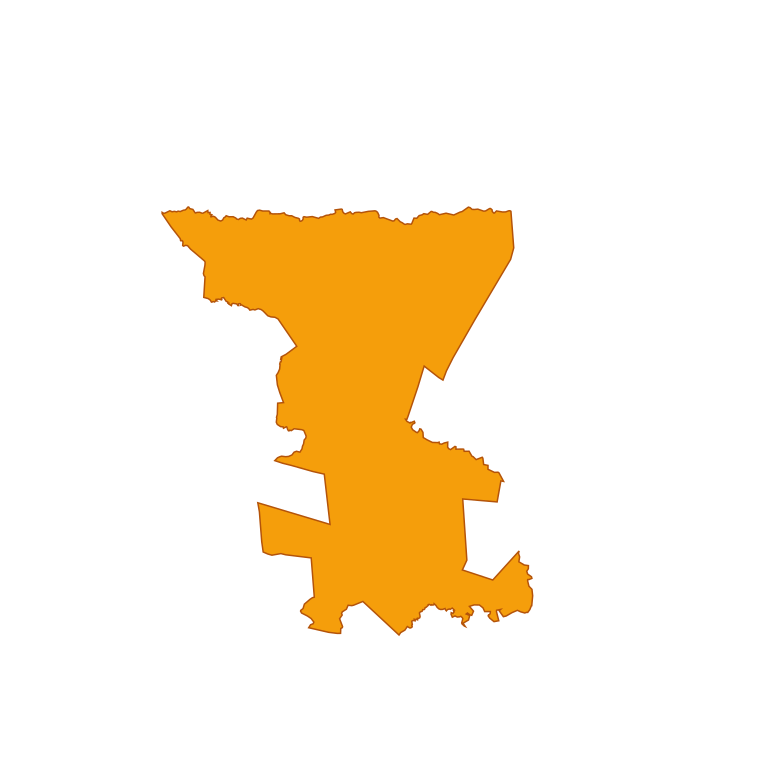 outline of Cosolapa, Veracruz, Mexico, rotated 324°
{"feature_id": "50627088B71851344630431", "entity_name": "Cosolapa", "entity_type": "district", "adm_level": 2, "iso_a3": "MEX", "parent_name": "Mexico", "parent_adm1": "Veracruz", "projection": "mercator", "projection_center": [-96.661, 18.58], "detail": "fine", "context": "isolated", "style": "filled", "palette": "amber", "viewbox_px": 768, "rotation_deg": 324, "n_neighbors": 0, "source": "geoboundaries", "source_scale": "gbopen_adm2", "svg_char_len": 6171}
<svg xmlns="http://www.w3.org/2000/svg" viewBox="0 0 768 768"><g transform="rotate(324 384 384)"><path d="M588.2,318.9L587.7,317.8L586.5,317.1L583.6,316.3L581.1,314.6L576.7,310.1L573.9,310.6L573.2,310.1L573.0,308.0L573.8,306.7L573.4,304.7L572.5,304.1L567.9,303.7L566.3,302.8L562.7,297.7L559.8,296.0L557.9,294.5L557.3,291.9L556.2,290.5L548.6,290.4L546.4,289.6L539.8,288.3L534.6,282.3L528.3,279.6L527.7,277.6L526.3,275.2L525.0,274.2L524.1,272.5L523.4,272.1L519.0,272.4L516.3,269.6L514.2,269.5L511.4,268.4L507.9,269.2L505.8,267.4L500.8,270.5L499.9,270.7L497.0,268.1L495.2,267.5L494.5,266.9L493.5,264.1L492.5,262.3L491.8,257.8L490.3,257.3L488.1,257.9L486.9,257.4L481.3,249.0L478.2,247.4L477.9,245.9L479.1,244.6L479.7,241.3L479.2,239.5L478.5,238.6L472.8,235.1L466.3,232.1L464.8,230.4L462.2,228.7L460.8,228.1L459.2,228.4L458.7,228.1L458.0,227.0L457.9,224.9L452.7,223.7L451.9,222.1L451.9,220.3L452.8,218.2L452.3,217.4L446.7,214.4L445.8,216.7L444.4,217.1L441.8,216.3L440.6,215.3L438.7,214.9L436.3,213.5L432.5,212.7L430.7,211.6L428.5,211.6L424.4,206.4L419.5,203.6L417.6,201.6L416.6,201.6L415.4,203.1L414.2,203.6L413.0,203.6L411.8,203.1L411.9,201.9L412.6,200.9L412.2,199.7L409.9,196.9L408.2,193.6L406.2,192.2L404.0,189.3L403.8,186.8L399.9,185.2L393.8,180.9L393.2,180.0L391.9,179.2L392.9,178.3L392.5,177.8L392.6,176.4L387.6,172.8L385.5,170.2L383.6,169.3L381.6,169.9L375.7,172.7L373.7,172.7L370.8,169.4L368.9,170.3L367.0,166.6L365.1,165.5L363.0,165.4L361.7,163.8L361.7,162.7L360.3,160.0L356.9,157.6L355.2,155.1L354.0,155.5L352.1,155.4L349.8,156.5L347.7,156.2L346.0,153.8L345.6,150.0L345.0,148.7L344.3,147.8L342.3,147.1L342.5,146.4L344.2,145.9L343.0,144.1L344.1,143.0L342.4,141.9L343.4,140.1L337.9,139.4L337.2,138.9L335.8,136.7L333.5,135.2L332.1,134.9L331.8,134.3L332.0,130.4L330.0,128.0L330.0,126.0L329.2,125.6L326.8,126.3L325.4,126.3L323.9,125.5L320.5,124.7L319.0,123.1L317.5,122.9L315.9,121.1L313.8,120.1L312.6,118.0L307.2,117.0L306.1,116.4L305.4,114.7L304.6,115.8L304.1,131.8L304.6,146.7L303.8,148.2L303.9,148.9L304.8,149.1L305.1,149.8L304.8,151.0L302.5,153.7L302.9,154.7L305.0,155.2L306.4,156.6L306.8,161.3L310.7,177.3L311.1,178.9L310.9,180.3L309.0,182.6L302.8,188.5L302.1,190.5L302.2,192.1L289.1,208.0L292.0,211.6L292.8,214.2L292.5,216.1L292.8,216.6L294.2,216.8L295.2,218.1L296.6,217.8L297.7,218.6L297.4,217.2L297.8,216.8L300.2,218.2L302.1,220.5L302.4,220.4L302.5,219.3L303.3,219.0L305.1,219.8L304.9,224.4L305.8,225.7L305.2,226.8L306.0,227.3L305.4,228.0L306.6,230.9L307.9,229.8L309.3,230.0L311.9,232.6L311.9,234.7L312.5,235.1L312.7,234.1L313.4,233.6L314.5,234.1L315.0,234.6L314.3,235.9L315.2,236.2L316.8,239.8L318.4,241.9L318.9,243.6L318.9,245.4L321.9,246.7L323.1,248.2L326.5,249.1L328.4,251.6L329.1,253.8L330.1,260.5L332.0,263.3L335.0,265.9L336.5,269.0L335.6,302.2L322.2,302.4L316.8,301.6L315.3,303.0L316.3,303.1L313.8,305.5L313.1,305.2L311.3,306.6L311.3,307.2L308.3,310.6L304.9,312.6L302.0,313.7L297.2,322.1L294.6,329.8L291.8,340.0L286.7,337.0L279.8,345.9L277.4,347.8L277.2,348.6L274.4,351.6L273.9,354.0L275.3,357.7L277.2,359.4L276.7,360.7L279.9,361.2L280.1,361.8L279.3,364.2L279.2,365.7L280.0,366.2L280.7,366.0L281.5,367.2L285.0,367.4L290.7,372.7L291.8,374.5L290.4,380.4L288.9,381.8L286.5,382.4L283.7,385.2L281.5,386.4L279.5,388.3L275.9,389.7L273.7,387.0L271.2,386.3L267.8,387.3L264.2,386.5L261.7,385.0L258.7,382.2L257.0,381.6L254.5,381.1L250.6,381.8L255.4,388.5L261.1,395.3L275.1,413.1L282.7,421.8L257.8,465.9L212.1,405.9L208.1,414.1L192.4,439.7L187.5,448.9L190.1,453.3L192.7,456.6L200.9,460.6L204.1,464.4L222.9,481.9L202.3,515.5L200.4,514.8L197.6,514.7L190.2,515.3L186.5,518.1L183.6,518.2L183.0,518.7L182.7,520.8L185.7,526.7L187.2,530.9L187.3,535.4L185.8,536.3L183.1,535.6L179.8,536.9L193.3,552.4L199.6,558.3L202.3,560.2L205.3,556.4L207.1,556.6L207.9,555.9L210.1,547.8L214.4,546.3L214.7,544.8L216.3,543.8L221.2,544.1L224.9,541.9L227.7,544.4L229.4,545.1L239.1,547.5L248.6,595.9L251.4,594.9L256.3,595.4L260.3,593.9L261.4,596.4L262.2,597.0L263.6,597.2L264.4,596.6L264.7,595.4L265.5,595.3L267.0,592.2L268.5,592.4L269.8,593.7L270.2,592.1L270.8,592.6L271.0,593.5L272.4,593.4L272.6,594.3L273.4,593.3L273.8,593.9L275.6,594.1L276.6,593.2L278.1,590.0L279.5,589.7L281.1,590.3L282.7,589.3L283.6,590.0L284.8,589.9L285.8,589.1L286.8,589.4L289.6,589.1L290.0,588.5L291.0,588.8L292.0,590.6L292.6,590.4L293.6,591.6L294.7,591.9L295.4,591.2L295.9,593.7L295.7,595.8L296.2,598.2L297.1,599.5L298.9,600.8L301.4,601.5L301.0,602.9L301.1,604.2L302.7,603.8L304.6,604.4L305.1,605.2L307.5,605.4L308.0,608.3L307.1,608.1L306.9,609.6L306.4,609.5L304.9,610.2L304.0,608.5L302.9,609.7L302.2,612.8L305.1,613.4L306.3,615.6L308.3,616.8L309.6,617.1L310.0,619.2L309.8,620.2L306.4,623.0L306.1,624.0L306.7,627.0L307.2,627.9L307.3,624.0L313.6,624.6L317.3,621.7L315.3,618.4L316.9,618.3L317.8,621.2L319.0,622.7L322.9,620.4L322.4,614.1L327.1,615.7L331.3,618.9L332.5,623.3L331.7,627.3L336.3,630.6L335.1,632.0L333.8,632.6L332.9,632.2L332.0,632.8L331.9,635.5L333.3,640.9L337.7,643.0L341.2,634.2L342.1,633.2L345.8,634.9L343.9,635.1L343.8,642.4L346.4,643.5L353.1,644.2L358.9,645.5L360.6,648.6L363.3,652.0L365.2,652.6L366.0,653.3L369.4,652.2L373.1,649.9L373.3,650.1L379.8,642.7L383.0,637.1L382.4,632.8L384.5,627.6L385.3,626.7L386.3,627.4L389.4,628.2L390.0,626.7L388.5,622.2L389.4,619.4L392.2,618.3L394.1,615.8L391.1,612.9L388.6,607.1L392.1,603.6L393.3,600.0L395.2,598.5L356.8,606.5L338.1,580.5L347.5,575.2L380.1,523.3L406.2,545.9L421.6,531.1L423.5,533.1L424.8,523.5L424.4,522.4L421.4,520.4L418.0,514.1L420.3,511.0L417.3,507.7L420.4,502.1L420.4,501.0L414.1,499.3L413.4,495.2L412.7,494.1L413.3,488.4L409.3,485.6L410.1,483.6L409.7,483.1L403.9,479.0L405.3,477.1L404.7,476.2L399.3,476.2L398.4,474.6L398.3,472.6L401.4,468.5L398.0,467.1L395.3,466.6L393.7,465.0L394.4,463.4L393.2,463.1L388.8,459.7L386.0,454.4L384.3,450.4L387.1,446.0L387.4,442.3L386.6,441.3L385.0,442.4L382.5,443.0L381.8,442.2L380.3,437.8L380.7,434.9L383.3,433.3L385.7,433.7L386.2,433.5L386.6,431.9L383.5,431.2L382.8,430.6L382.1,430.9L380.6,427.7L380.7,425.1L381.8,426.0L384.8,424.0L409.9,406.1L427.0,393.1L432.1,410.9L434.0,415.5L442.2,410.1L455.4,403.3L495.7,385.2L559.7,357.6L569.0,350.1L588.2,318.9Z" fill="#f59e0b" stroke="#b45309" stroke-width="1.5"/></g></svg>